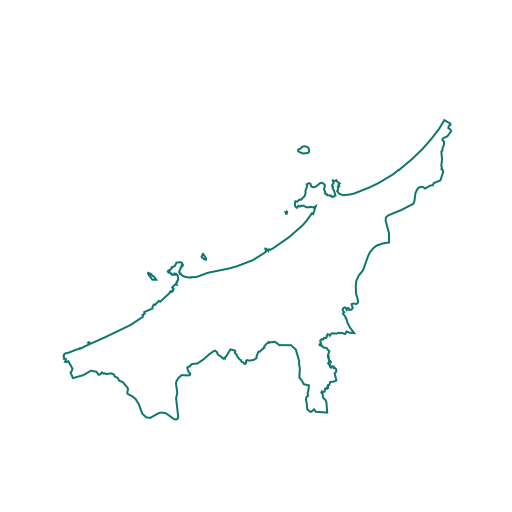 the district of Laem Sing, Chanthaburi, Thailand, rotated 108°
{"feature_id": "78962969B29743694445242", "entity_name": "Laem Sing", "entity_type": "district", "adm_level": 2, "iso_a3": "THA", "parent_name": "Thailand", "parent_adm1": "Chanthaburi", "projection": "albers", "projection_center": [102.119, 12.455], "detail": "fine", "context": "isolated", "style": "outline", "palette": "teal", "viewbox_px": 512, "rotation_deg": 108, "n_neighbors": 0, "source": "geoboundaries", "source_scale": "gbopen_adm2", "svg_char_len": 6139}
<svg xmlns="http://www.w3.org/2000/svg" viewBox="0 0 512 512"><g transform="rotate(108 256 256)"><path d="M387.3,155.5L383.9,153.3L385.7,151.0L382.9,139.9L373.2,143.9L371.6,145.2L370.2,148.2L367.2,149.7L365.6,151.7L364.4,151.5L365.1,150.3L363.6,148.8L361.0,149.3L360.3,148.6L360.3,147.5L358.8,147.7L358.9,146.8L356.6,147.6L356.0,146.5L352.9,146.5L351.1,142.7L349.5,141.1L343.3,145.0L341.3,144.0L339.1,144.5L338.2,145.9L338.6,147.5L337.1,147.9L337.5,149.8L338.9,150.0L339.0,150.8L337.5,152.1L336.6,152.1L336.7,153.0L335.9,154.2L334.5,153.9L334.4,152.2L333.9,151.9L333.0,152.6L333.5,153.8L332.1,154.8L330.9,154.8L330.6,155.8L329.8,156.4L329.2,156.5L328.9,156.0L328.1,156.9L323.7,156.9L323.3,158.3L321.8,160.1L322.1,163.9L321.2,165.1L321.1,168.0L320.4,168.2L319.8,166.8L316.7,168.8L314.6,167.7L314.9,166.6L312.8,165.9L312.6,164.2L310.8,163.7L310.1,164.1L308.2,163.7L308.3,161.7L308.9,161.2L306.1,160.0L304.8,155.0L303.4,153.8L303.4,151.9L302.6,150.7L302.7,147.1L299.8,146.6L300.1,143.8L299.0,138.9L295.0,144.5L291.2,148.5L288.5,150.1L287.4,151.6L286.7,151.5L283.8,155.6L282.3,154.8L280.7,156.8L279.7,157.1L278.4,156.7L277.4,155.7L277.6,154.5L279.2,153.1L277.0,152.4L277.1,151.8L278.6,150.6L277.4,148.6L275.4,147.9L272.8,150.1L272.1,150.2L271.3,149.0L270.5,145.5L268.9,144.7L267.2,145.0L260.7,149.3L253.6,151.9L248.7,152.9L243.0,152.3L236.6,149.8L221.7,149.4L217.1,148.8L211.9,146.6L208.7,144.4L204.9,139.3L202.0,133.6L193.4,136.5L182.2,143.7L179.3,144.3L176.7,143.0L167.6,132.3L157.8,122.5L154.9,122.3L147.0,123.8L142.6,123.2L140.6,122.4L139.0,120.0L138.9,117.9L139.6,116.0L135.1,112.0L134.1,109.7L131.7,109.4L127.1,104.0L118.0,103.9L117.2,104.9L116.6,104.9L116.0,106.5L115.1,106.2L112.8,107.7L106.6,108.9L99.5,112.0L97.9,111.2L96.5,111.9L91.7,111.7L89.0,112.6L88.3,114.3L87.6,114.8L86.2,114.4L83.0,111.0L77.2,109.0L75.8,109.9L74.9,112.6L73.1,112.8L70.9,111.6L70.4,112.6L69.9,112.5L68.6,118.9L78.7,121.2L91.1,125.7L102.5,130.6L115.3,137.4L130.4,146.8L130.3,147.2L136.1,151.0L148.8,162.0L155.2,168.7L166.2,181.9L168.4,185.5L171.3,191.9L171.0,196.1L169.3,198.9L167.4,198.4L165.1,199.5L163.5,197.7L163.9,199.3L163.1,199.1L162.5,199.6L161.2,198.8L160.2,201.7L159.1,203.1L160.1,203.7L160.7,205.2L159.7,206.9L162.6,204.7L165.1,205.5L166.0,205.2L166.6,203.9L168.0,204.0L169.4,202.2L174.0,199.1L176.3,201.4L175.5,203.3L176.0,203.4L175.7,205.0L176.2,207.0L175.4,207.7L175.7,208.3L175.0,209.8L174.1,209.8L171.4,212.0L167.7,212.2L166.9,212.8L166.0,215.4L166.3,216.6L167.3,217.9L171.2,220.2L172.9,222.5L172.8,225.0L170.6,226.4L170.3,227.4L170.4,228.3L172.2,229.9L173.4,229.0L178.7,229.1L181.3,228.2L184.3,228.4L188.7,230.7L188.9,231.9L189.8,232.7L191.5,233.5L191.9,235.5L195.8,234.7L197.3,233.0L197.5,231.9L195.2,231.2L195.3,229.4L194.3,228.9L194.0,227.2L193.4,226.5L194.1,223.0L193.0,219.9L192.5,219.8L192.1,216.1L191.5,216.0L191.3,215.3L190.3,214.6L198.5,214.6L198.1,216.0L206.5,218.7L212.5,221.2L228.0,230.5L243.4,242.1L245.8,244.5L245.6,245.6L246.1,246.1L247.3,245.9L246.1,248.2L246.5,248.3L246.4,249.2L248.5,247.9L250.3,248.8L260.9,257.7L271.7,271.0L276.1,277.6L286.7,296.4L294.6,306.4L296.2,311.2L296.7,311.3L297.7,316.2L297.5,319.7L296.8,321.5L296.0,322.2L296.5,322.7L295.4,323.9L294.0,324.3L292.1,323.8L290.4,324.2L289.7,323.3L288.2,323.9L288.0,322.8L287.1,322.7L286.8,323.5L285.7,323.9L285.2,325.9L286.9,329.6L290.6,330.1L291.4,331.2L293.0,332.1L292.9,332.7L294.1,332.6L295.8,333.4L296.8,334.8L298.0,335.1L298.8,334.0L298.0,333.0L298.1,332.3L299.2,331.8L299.2,329.9L299.8,329.7L299.0,328.0L297.9,328.1L297.9,327.7L298.8,327.4L298.6,326.7L297.7,327.0L297.5,326.7L298.4,324.9L300.0,323.6L302.8,322.7L305.2,323.5L305.5,323.0L306.9,323.4L307.8,322.6L307.8,324.0L311.8,326.0L312.7,324.3L313.6,324.7L314.3,324.1L316.0,324.8L315.6,325.9L316.9,326.8L317.4,326.5L329.1,333.0L328.7,334.4L333.8,337.0L333.7,338.2L336.2,338.7L338.0,338.3L343.9,345.0L345.4,344.1L347.2,345.7L348.1,344.9L349.0,345.0L360.2,353.8L379.5,374.0L390.6,386.2L389.5,388.2L390.4,388.9L391.3,387.5L392.1,387.8L396.0,392.2L397.5,393.2L397.9,394.7L398.4,394.5L400.7,398.2L405.2,403.5L407.0,405.9L407.4,407.2L408.9,408.1L410.8,408.0L411.9,407.1L413.1,407.0L412.8,405.0L414.2,404.6L415.6,405.0L415.5,403.5L414.0,402.0L420.1,395.6L422.4,395.7L424.0,396.4L428.7,392.4L422.8,383.6L416.1,377.5L415.4,371.9L417.6,369.0L416.8,367.7L414.3,366.5L415.0,364.8L414.3,364.0L414.7,362.4L412.3,357.2L412.7,354.4L414.2,353.1L414.7,349.8L416.8,347.7L417.1,343.8L421.0,337.4L422.2,336.6L425.7,336.2L426.8,335.5L427.7,330.1L429.4,326.1L433.2,321.6L441.2,315.4L443.4,310.5L442.7,306.7L435.7,300.2L434.6,298.6L433.8,296.4L433.4,293.1L436.4,283.7L436.3,281.6L435.1,280.3L432.9,280.3L416.1,288.0L410.1,288.7L402.1,292.7L399.9,293.0L396.4,292.2L392.7,290.3L392.0,289.0L390.4,283.1L389.3,282.0L388.1,282.2L387.3,284.2L383.6,286.8L382.5,286.6L381.3,284.5L380.3,284.6L378.6,283.6L376.3,278.5L370.9,274.2L363.9,270.1L359.3,266.6L358.7,265.7L359.7,263.1L361.0,262.5L362.0,260.6L362.3,258.4L363.3,256.7L363.2,255.5L363.7,255.1L362.8,254.3L363.0,253.9L361.8,254.1L360.9,253.4L352.8,251.5L352.4,247.1L353.0,246.3L354.6,246.3L355.5,244.4L357.6,242.5L359.5,239.4L359.8,237.9L361.1,237.1L361.3,234.5L362.1,234.0L362.0,232.9L360.5,232.4L358.8,233.0L357.8,232.5L357.6,230.1L355.7,226.3L353.0,224.0L350.5,224.5L346.1,224.0L345.7,222.7L343.2,221.6L342.1,220.6L340.7,220.4L340.5,219.7L339.8,220.2L337.3,219.4L335.1,218.2L334.6,216.9L333.8,217.0L334.0,216.3L331.9,211.9L332.0,210.3L333.6,206.4L330.0,195.1L332.7,189.2L342.7,182.4L345.2,181.8L349.3,179.6L358.4,177.1L360.0,174.3L363.2,170.9L362.7,165.7L367.2,164.7L370.3,164.6L372.7,163.3L374.5,164.4L377.0,164.2L380.5,162.2L385.8,160.0L387.1,157.1L387.3,155.5ZM142.6,248.7L143.4,248.1L143.7,247.1L144.0,242.9L142.0,238.6L141.0,237.9L139.4,238.0L137.3,239.3L136.5,240.6L136.5,243.5L137.6,245.6L140.3,247.0L141.6,248.6L142.6,248.7ZM307.3,352.0L310.6,347.2L309.4,343.6L307.1,346.7L306.6,349.6L305.7,349.8L305.3,353.3L306.0,353.3L307.3,352.0ZM274.2,306.9L275.2,303.1L274.9,302.4L273.5,302.9L269.8,307.7L271.2,307.0L273.3,307.6L274.2,306.9ZM206.3,239.8L204.5,239.9L204.2,240.6L205.4,240.9L205.4,241.4L206.5,240.6L206.3,239.8Z" fill="none" stroke="#0f766e" stroke-width="2"/></g></svg>